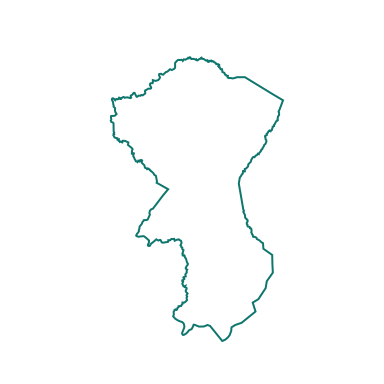 Cedros, Francisco Morazán, Honduras, rotated 302°
{"feature_id": "27666195B52498637855734", "entity_name": "Cedros", "entity_type": "district", "adm_level": 2, "iso_a3": "HND", "parent_name": "Honduras", "parent_adm1": "Francisco Morazán", "projection": "albers", "projection_center": [-87.205, 14.525], "detail": "fine", "context": "isolated", "style": "outline", "palette": "teal", "viewbox_px": 384, "rotation_deg": 302, "n_neighbors": 0, "source": "geoboundaries", "source_scale": "gbopen_adm2", "svg_char_len": 6033}
<svg xmlns="http://www.w3.org/2000/svg" viewBox="0 0 384 384"><g transform="rotate(302 192 192)"><path d="M88.0,278.3L81.7,296.6L84.3,298.4L87.6,299.5L90.6,299.8L95.2,298.8L97.7,297.4L98.4,297.3L102.2,299.2L107.4,303.4L124.3,309.2L130.4,302.1L136.3,305.1L149.5,305.4L156.0,302.7L166.4,303.3L173.6,298.3L181.1,293.4L181.7,282.6L186.1,279.4L186.3,279.1L186.1,277.8L186.7,274.9L186.5,271.9L187.3,271.0L187.4,270.1L187.0,268.5L186.4,267.7L186.5,267.3L187.7,266.4L188.0,265.3L188.5,265.0L189.2,263.6L190.5,263.2L192.2,261.8L192.4,261.1L192.0,260.4L192.7,259.7L192.9,259.3L192.3,257.6L193.0,256.6L193.6,256.4L194.0,255.3L195.2,254.7L196.5,254.8L197.6,254.0L197.6,253.0L198.2,252.4L198.1,251.5L198.5,250.6L200.5,249.2L202.4,246.0L203.4,246.1L203.7,245.9L204.2,244.9L224.0,227.2L229.6,224.9L232.0,225.1L233.2,224.9L234.5,225.3L236.9,224.2L237.2,224.6L237.2,225.6L237.5,225.9L239.5,224.6L240.5,225.4L243.4,226.0L245.2,225.1L248.7,225.8L249.6,225.7L250.7,225.2L253.7,225.2L254.4,225.7L254.6,226.5L256.8,226.8L258.1,227.7L259.3,227.5L259.6,228.6L260.4,228.3L263.1,228.8L263.6,228.5L264.9,228.4L265.3,228.9L265.7,228.9L267.0,228.6L268.5,228.7L270.1,228.3L271.7,228.8L274.0,228.4L274.9,227.9L275.3,227.6L275.7,226.4L276.8,225.7L277.5,224.7L278.4,224.3L278.8,224.4L279.4,225.1L280.1,225.3L280.9,224.5L282.3,224.9L283.6,224.7L284.7,224.9L285.1,225.0L284.9,225.9L285.1,226.5L286.2,226.4L287.0,226.9L288.2,226.4L289.3,226.3L290.1,225.8L291.4,226.7L292.2,226.0L293.6,226.2L296.5,225.9L298.2,226.8L298.6,226.6L298.7,226.1L301.7,224.9L303.3,225.1L303.9,224.8L305.5,223.6L305.9,222.9L308.7,222.5L318.0,220.6L317.7,208.1L317.4,176.0L313.2,169.3L311.2,167.7L309.8,166.2L309.2,164.4L308.1,162.9L308.0,161.6L309.5,160.9L308.8,159.7L309.3,158.9L309.1,157.7L310.2,156.3L309.9,154.2L312.0,152.5L311.3,151.3L311.8,150.9L311.9,149.9L312.5,149.3L312.2,148.8L312.7,148.3L312.6,147.6L312.9,147.5L314.0,147.9L314.3,147.7L314.2,146.2L313.3,144.8L314.1,143.5L313.7,142.2L314.2,141.2L313.8,139.8L313.2,139.8L313.1,139.5L313.7,139.0L313.7,138.8L313.1,138.5L313.0,137.9L312.5,137.8L312.3,137.1L311.3,137.3L311.0,137.0L310.9,136.2L311.8,135.1L310.9,134.4L311.0,131.3L310.3,130.0L311.0,128.9L310.1,128.4L309.5,128.6L308.4,127.6L306.8,127.1L306.3,126.6L306.3,126.2L306.8,125.3L306.1,125.0L306.1,123.9L305.8,122.9L304.4,120.9L305.2,119.3L305.2,118.8L304.8,118.5L303.8,118.5L303.7,117.6L302.9,117.7L302.3,117.1L300.8,116.4L300.2,114.8L298.3,114.7L298.7,113.8L298.5,112.8L297.5,111.9L296.9,110.6L296.4,110.1L294.8,109.6L292.4,109.3L289.0,111.5L287.9,111.8L286.9,111.6L284.7,110.2L284.5,108.3L281.2,107.4L279.8,106.3L276.1,105.3L275.8,104.3L275.9,103.1L274.6,101.7L273.5,102.2L272.3,104.1L270.3,104.4L268.6,103.8L266.8,102.0L266.1,99.5L264.2,100.7L263.4,100.9L262.3,99.3L261.7,99.1L261.0,99.3L260.4,99.7L259.1,101.9L258.2,102.3L257.7,102.1L256.4,100.1L254.2,99.1L253.4,98.5L252.5,98.7L252.0,99.3L250.8,100.1L247.9,99.0L247.5,97.7L247.2,97.4L246.4,97.4L245.4,95.6L243.9,95.2L243.5,94.8L243.6,94.1L245.6,90.8L245.4,90.2L244.8,89.9L243.0,89.9L241.3,89.0L240.8,89.2L239.8,90.4L239.1,90.2L237.9,86.8L236.2,84.9L236.4,84.0L236.3,83.5L234.7,82.6L233.2,82.5L232.9,82.0L233.6,81.2L233.4,80.2L231.7,80.3L231.2,79.7L230.8,78.5L229.1,78.3L229.7,76.2L229.6,75.3L229.2,74.9L228.5,74.8L227.8,75.1L226.5,77.3L224.5,78.9L223.7,79.9L222.8,80.3L222.4,82.3L220.5,83.3L219.1,84.7L218.2,86.7L215.7,86.1L213.6,83.2L212.7,83.5L210.6,85.2L209.4,85.3L208.7,86.4L209.0,88.1L208.6,89.1L201.8,93.5L201.2,94.5L200.2,94.5L199.9,95.4L198.6,95.1L197.2,97.5L197.5,99.0L198.1,100.3L197.9,100.7L196.9,101.0L197.0,101.5L197.8,102.1L196.5,102.8L196.8,104.0L196.3,104.4L197.1,105.1L197.0,106.5L197.6,106.6L198.7,106.1L199.5,107.4L199.9,108.4L200.3,111.8L198.0,112.7L197.5,116.8L196.9,118.9L195.1,119.3L192.6,120.7L192.7,121.1L193.9,121.8L194.0,122.2L191.3,123.1L190.5,124.7L189.4,126.1L189.0,127.2L188.3,128.1L188.6,129.1L188.5,129.9L189.8,129.8L189.9,130.9L190.8,130.7L190.8,131.7L192.1,131.7L192.4,132.5L192.1,133.2L191.1,133.2L190.2,133.9L189.4,137.5L187.7,139.2L187.9,141.1L187.5,141.8L187.9,142.2L188.6,142.1L188.8,142.9L188.5,143.4L188.6,144.4L188.2,144.8L188.2,145.6L187.9,145.9L188.0,146.9L187.4,149.6L186.6,150.8L186.6,152.8L182.4,156.7L181.1,157.1L181.7,170.3L173.6,169.2L157.2,167.7L155.7,166.6L153.8,166.2L151.6,167.0L150.5,168.3L145.1,169.0L143.8,168.0L143.4,167.1L142.5,166.0L141.7,166.2L140.3,165.9L138.3,166.3L134.9,165.9L133.1,166.8L131.5,167.1L130.5,167.8L128.9,167.8L127.3,167.5L125.4,167.8L125.3,169.0L125.7,170.3L128.3,173.5L129.0,174.6L128.8,177.3L128.1,181.2L126.3,182.3L124.3,182.5L123.4,182.9L123.2,183.2L123.4,184.2L123.9,184.7L126.5,184.7L129.8,185.9L132.9,186.8L133.0,189.2L134.4,190.2L134.6,190.6L134.4,191.2L133.4,192.8L133.3,193.5L133.6,194.2L137.0,198.1L137.5,198.1L138.5,197.4L139.6,199.1L141.3,199.4L141.9,200.6L142.8,201.7L141.5,203.1L143.4,204.4L144.6,205.6L144.9,206.3L144.6,206.9L144.8,208.5L143.4,210.1L140.6,210.5L140.3,211.7L139.7,212.1L139.6,213.3L138.5,213.9L138.2,215.6L136.1,216.1L135.4,216.6L134.9,216.4L133.3,217.7L133.3,218.2L134.2,218.8L134.1,219.4L132.8,220.7L132.4,222.1L129.8,224.9L128.8,226.7L128.0,226.9L126.1,226.7L124.1,227.0L123.7,227.5L123.6,229.1L122.3,229.2L121.0,230.2L118.6,230.0L117.1,231.4L115.1,229.9L114.7,230.2L114.5,231.3L114.2,231.6L113.2,231.2L112.6,231.2L112.1,230.6L111.4,230.8L111.2,232.0L109.1,232.4L107.5,234.7L107.6,235.2L108.7,236.0L107.7,236.1L107.5,236.3L107.8,237.7L107.7,238.3L107.0,238.8L105.1,238.9L104.2,239.6L103.6,242.0L101.9,242.0L101.2,242.3L100.8,243.3L99.3,243.5L97.6,245.1L95.1,244.5L94.2,244.1L93.8,243.7L93.3,242.5L92.8,242.7L92.1,243.3L91.1,243.0L89.6,243.2L88.0,241.1L87.2,241.6L85.9,241.1L85.0,241.5L83.8,241.4L83.6,241.1L83.8,240.3L82.9,239.7L81.9,240.0L80.7,239.9L78.7,241.4L76.5,242.0L75.7,244.8L75.6,247.4L75.8,249.6L76.5,252.6L76.2,254.2L75.6,255.2L74.2,256.6L72.8,257.3L67.2,258.3L66.3,259.1L66.0,260.1L66.7,260.9L68.5,261.9L71.3,262.6L73.0,262.7L74.1,263.3L75.4,264.3L77.9,264.2L80.3,263.7L80.8,264.7L81.5,269.0L81.9,269.8L84.3,273.4L87.4,275.6L88.0,278.3Z" fill="none" stroke="#0f766e" stroke-width="2"/></g></svg>